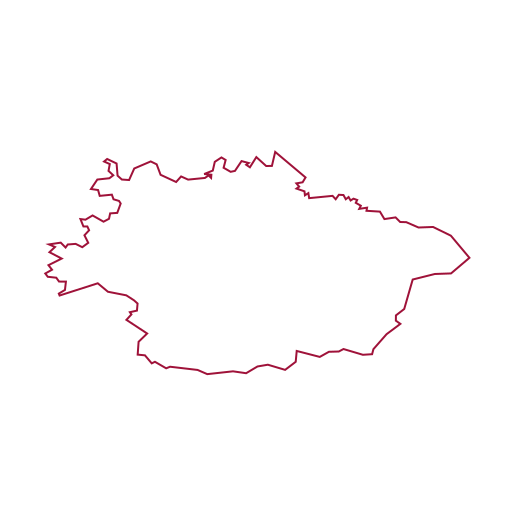 the district of Renu Nakhon, Nakhon Phanom, Thailand, rotated 82°
{"feature_id": "78962969B93131496494320", "entity_name": "Renu Nakhon", "entity_type": "district", "adm_level": 2, "iso_a3": "THA", "parent_name": "Thailand", "parent_adm1": "Nakhon Phanom", "projection": "equal_earth", "projection_center": [104.629, 17.057], "detail": "medium", "context": "isolated", "style": "outline", "palette": "rose", "viewbox_px": 512, "rotation_deg": 82, "n_neighbors": 0, "source": "geoboundaries", "source_scale": "gbopen_adm2", "svg_char_len": 1958}
<svg xmlns="http://www.w3.org/2000/svg" viewBox="0 0 512 512"><g transform="rotate(82 256 256)"><path d="M263.0,60.2L251.9,76.6L250.4,91.1L243.4,102.5L242.4,108.5L237.2,112.4L237.3,123.7L229.3,127.1L226.6,140.3L223.6,139.3L223.7,147.2L220.8,145.2L217.2,149.8L214.6,148.0L212.8,151.5L214.2,154.6L210.5,156.1L212.3,159.2L207.8,160.9L206.9,165.4L210.9,169.2L207.1,171.8L206.1,195.3L201.0,195.4L202.7,199.1L198.7,199.0L194.9,206.5L193.3,203.6L189.7,205.9L189.5,199.6L185.1,196.0L155.6,222.5L169.0,227.7L168.3,233.4L158.1,241.9L167.3,249.7L164.3,253.0L162.9,250.3L160.0,257.1L168.8,265.0L169.1,269.4L164.1,275.8L156.7,272.7L153.6,276.5L157.0,283.7L165.4,286.9L167.6,295.9L169.3,288.9L172.4,289.6L169.6,291.8L171.6,295.7L170.9,312.6L166.8,319.1L171.6,324.8L162.3,339.2L151.4,341.6L147.7,347.1L152.4,364.4L163.1,371.1L161.6,378.2L157.2,381.9L145.0,381.2L139.2,389.9L141.3,393.3L144.6,388.0L151.2,390.2L156.2,386.1L158.6,390.4L158.2,402.5L166.7,410.1L168.7,403.2L174.7,402.4L175.2,390.2L180.0,389.2L182.4,384.0L185.2,382.7L194.0,387.4L193.5,394.5L198.7,396.4L200.8,402.2L193.1,412.2L196.3,419.8L195.0,424.7L202.7,422.8L203.3,418.9L207.3,417.7L211.6,423.0L219.6,420.3L223.1,426.8L218.9,432.9L218.4,440.8L221.1,443.4L215.6,447.5L215.7,459.4L219.1,453.8L223.5,460.0L231.5,448.8L236.2,462.8L241.2,459.9L244.0,467.1L247.6,465.1L249.7,456.8L253.9,454.6L254.9,447.8L263.0,449.9L265.8,456.5L267.8,456.0L261.0,416.5L270.8,407.6L276.9,389.9L282.9,383.0L286.6,379.9L293.5,381.5L294.1,388.7L296.5,387.5L301.2,393.2L317.6,374.6L324.6,384.2L337.2,386.9L338.9,379.8L347.8,374.2L346.7,370.8L354.7,360.6L353.7,356.5L360.7,329.7L366.2,320.7L367.0,294.8L370.7,282.1L365.6,269.9L365.3,259.4L372.8,243.0L366.3,231.4L355.7,228.9L364.8,206.9L361.0,197.1L362.1,187.3L360.3,182.3L368.7,163.9L369.4,154.7L364.6,152.7L351.6,137.6L343.3,122.5L339.5,126.5L334.3,125.7L329.1,116.6L301.1,104.1L298.7,81.4L300.4,65.3L287.5,44.9L263.0,60.2Z" fill="none" stroke="#9f1239" stroke-width="2"/></g></svg>